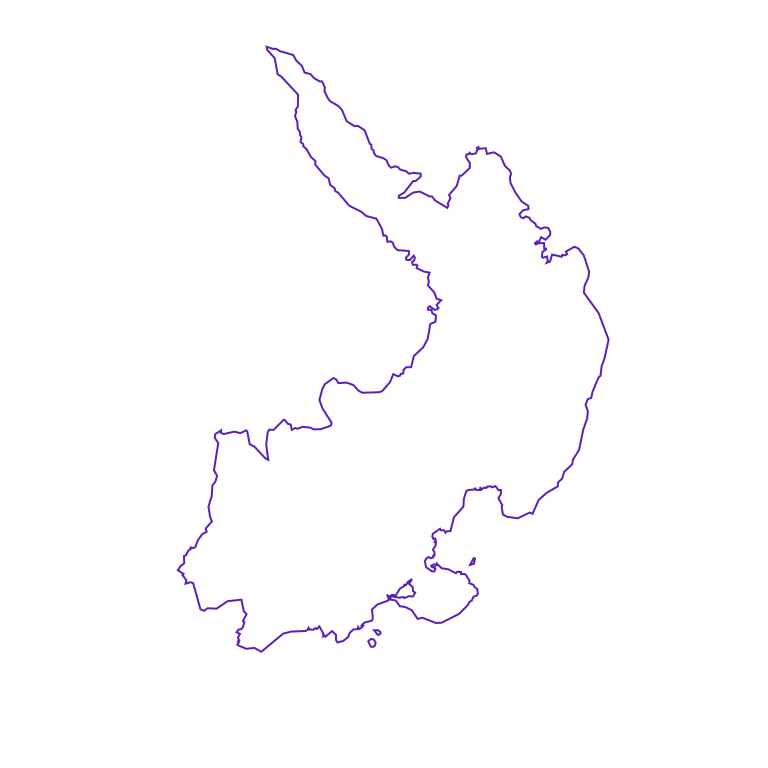 the district of Jeneponto, Sulawesi Selatan, Indonesia, rotated 286°
{"feature_id": "22746128B64050318598962", "entity_name": "Jeneponto", "entity_type": "district", "adm_level": 2, "iso_a3": "IDN", "parent_name": "Indonesia", "parent_adm1": "Sulawesi Selatan", "projection": "mercator", "projection_center": [119.72, -5.545], "detail": "fine", "context": "isolated", "style": "outline", "palette": "violet", "viewbox_px": 768, "rotation_deg": 286, "n_neighbors": 0, "source": "geoboundaries", "source_scale": "gbopen_adm2", "svg_char_len": 6160}
<svg xmlns="http://www.w3.org/2000/svg" viewBox="0 0 768 768"><g transform="rotate(286 384 384)"><path d="M675.8,178.2L673.0,179.6L667.1,189.1L652.4,196.4L651.4,200.2L638.4,221.7L627.0,224.7L622.9,223.4L621.3,224.8L616.9,224.6L612.4,228.3L605.4,230.8L603.2,233.7L600.6,234.4L598.3,236.7L593.8,237.0L592.3,240.3L590.2,241.0L588.5,244.7L582.0,251.3L579.4,256.6L575.9,257.5L567.9,269.5L566.5,274.0L560.6,277.4L558.6,282.4L555.9,284.2L555.3,287.2L545.8,301.4L543.2,315.2L540.6,320.5L540.8,331.2L532.4,339.4L526.4,342.5L527.3,344.6L526.1,346.2L521.7,348.0L522.9,351.0L522.3,353.4L518.6,356.1L516.4,360.0L518.7,371.2L515.5,372.4L511.3,370.2L509.5,371.4L510.3,374.7L515.6,377.2L513.9,378.9L511.2,378.9L508.9,377.4L506.5,378.9L507.6,382.2L506.8,383.6L504.4,383.4L503.1,391.2L503.6,397.1L498.4,396.9L494.6,399.0L490.9,399.0L485.8,407.2L480.4,411.2L480.3,415.9L474.5,412.7L472.0,415.5L470.6,414.6L469.2,412.2L471.4,406.5L469.9,405.4L467.6,405.7L468.3,409.1L465.4,410.9L464.2,415.1L458.0,416.3L454.4,411.9L439.7,413.6L430.2,411.6L419.0,405.0L407.6,405.4L406.2,400.6L402.8,398.9L399.5,399.6L398.2,397.2L396.5,397.2L395.2,395.3L396.0,390.2L387.6,389.3L376.8,384.3L374.7,381.5L369.6,365.6L370.6,361.2L374.6,354.9L375.0,347.6L372.3,339.9L375.2,336.8L375.8,333.7L367.5,327.2L362.3,326.1L350.8,326.3L343.7,331.5L332.1,344.5L329.1,344.2L323.0,335.4L321.0,328.9L321.8,325.0L320.3,317.3L317.2,313.4L317.2,310.7L314.5,308.0L319.3,305.5L319.2,302.5L322.1,298.4L321.8,297.3L309.5,290.6L308.5,286.3L305.6,285.5L293.2,287.5L279.2,293.6L279.9,290.3L288.1,276.7L289.1,271.5L300.7,265.6L301.5,264.3L297.2,259.5L296.9,253.2L291.7,243.7L292.1,240.6L294.6,240.2L289.5,235.7L285.7,236.1L281.4,241.0L254.3,244.3L249.6,248.9L243.7,248.8L239.1,247.0L228.6,249.3L217.6,249.1L208.2,253.5L204.5,256.5L195.9,252.4L193.1,254.3L189.7,250.7L182.4,248.1L175.3,247.6L173.6,245.7L173.6,243.1L171.8,243.6L170.4,242.0L164.6,240.7L163.6,239.1L156.6,241.4L153.4,238.9L148.2,237.1L146.2,243.7L144.8,243.0L140.8,248.2L137.4,248.3L140.1,252.6L139.9,255.5L116.8,269.7L116.4,273.6L119.8,276.2L121.9,285.0L132.1,293.5L137.4,306.4L127.0,311.8L124.9,315.3L117.2,313.8L116.5,315.4L111.3,315.4L109.0,314.4L107.8,311.8L104.7,310.7L104.1,314.4L99.9,313.5L97.3,315.7L96.5,314.6L95.3,315.7L94.8,315.0L92.7,315.1L91.5,324.6L94.6,332.2L92.8,339.9L116.3,355.9L120.4,363.0L125.0,376.7L126.6,378.4L128.8,378.6L127.5,380.2L128.4,384.0L130.4,385.2L130.0,387.1L133.2,388.6L127.7,394.2L124.7,395.2L125.9,395.9L125.0,397.4L132.2,402.2L129.6,407.0L124.8,408.4L122.7,410.5L125.9,415.8L131.2,419.4L135.3,419.6L139.6,422.2L141.3,426.5L143.1,426.2L141.7,427.9L144.4,430.1L145.3,429.1L146.2,430.6L146.9,429.5L149.3,431.0L153.2,437.6L155.5,437.9L164.0,434.6L170.1,438.3L176.9,447.6L179.3,447.6L182.4,444.8L180.9,447.4L183.6,449.9L184.1,453.6L191.6,455.7L195.3,459.0L196.7,458.9L196.6,460.5L200.5,461.6L204.2,464.7L198.8,463.2L196.8,467.5L192.9,469.0L192.0,471.5L187.7,470.4L187.0,466.7L183.8,462.5L184.6,461.1L182.8,457.9L181.9,449.3L178.5,449.2L179.1,455.0L174.8,460.4L175.5,466.0L174.2,473.0L167.5,481.1L169.9,485.4L168.6,499.9L170.5,505.3L183.7,519.5L194.3,525.4L198.1,526.2L199.9,528.0L204.3,528.7L206.0,531.3L208.1,532.1L212.8,530.1L213.8,526.9L215.6,525.3L216.0,520.9L218.6,520.3L222.9,515.5L223.6,513.9L222.6,510.2L224.5,509.9L223.5,505.9L221.9,505.3L223.6,496.9L222.8,490.3L225.8,484.4L224.5,484.8L224.5,481.8L222.1,479.5L221.2,480.6L222.2,483.2L221.0,482.9L220.6,484.3L217.7,484.0L217.1,481.9L219.5,474.9L225.0,472.1L228.1,472.8L230.0,474.8L229.5,477.0L230.8,479.1L232.6,478.6L233.2,479.9L236.6,478.6L238.0,476.7L243.4,478.1L246.4,477.5L246.0,476.3L248.7,476.7L249.6,475.5L248.6,474.4L250.4,472.6L253.5,472.2L260.3,477.8L259.1,479.0L260.0,482.1L258.0,484.1L259.7,485.0L261.0,488.5L275.1,487.9L287.9,494.1L295.9,492.4L303.9,492.7L305.1,493.8L307.8,500.6L309.3,499.8L307.7,501.8L308.3,504.7L308.9,505.6L311.7,505.0L309.0,506.4L311.9,508.7L312.3,511.1L313.7,511.3L315.1,514.8L314.4,516.4L316.6,519.3L313.5,523.3L314.4,525.5L310.6,526.7L305.9,525.4L300.0,531.2L298.8,530.8L291.4,534.2L290.3,539.1L291.8,549.6L300.5,559.4L300.2,562.6L315.1,564.6L324.2,570.3L333.4,579.2L337.3,578.4L342.1,581.3L349.1,581.4L358.7,587.0L363.5,586.5L374.4,589.7L394.9,588.1L407.0,588.8L414.2,587.4L419.5,583.5L425.4,584.0L427.8,587.0L434.0,586.6L449.4,588.4L451.7,589.8L461.0,588.3L469.3,588.9L488.5,587.7L511.4,570.7L526.8,551.0L533.8,549.7L542.7,551.1L548.5,550.2L562.7,540.6L567.8,533.6L568.4,529.2L561.5,522.4L559.3,524.2L557.6,522.6L557.1,519.6L555.3,519.7L554.7,509.9L547.5,509.9L545.3,507.0L547.7,507.5L551.5,505.5L549.2,502.1L549.8,500.7L554.6,499.9L558.0,502.7L558.8,502.5L558.2,500.7L563.5,499.0L562.0,493.6L560.0,491.6L560.8,490.3L563.1,491.5L563.7,493.9L568.5,494.6L567.2,499.4L573.0,502.7L576.0,501.9L579.3,498.9L578.8,495.2L576.4,492.1L577.8,486.7L579.7,485.4L582.2,479.3L583.8,478.1L584.2,474.0L581.8,472.3L582.1,469.4L584.6,467.4L589.4,469.9L592.0,474.7L594.9,473.7L597.3,466.1L604.3,457.5L612.0,450.3L617.3,448.0L620.9,448.3L623.7,446.3L627.1,440.0L634.9,433.6L637.0,425.9L633.6,419.6L638.7,416.8L636.2,410.4L637.8,409.5L636.5,408.2L635.1,409.2L630.9,408.7L629.0,404.6L630.0,402.5L628.2,402.1L627.5,400.1L625.0,400.1L619.9,405.7L615.3,406.9L605.8,401.3L605.1,399.4L594.3,399.3L583.7,394.4L581.1,396.7L574.8,395.5L573.7,396.7L570.8,396.3L574.4,382.8L577.5,378.4L576.9,375.9L578.9,365.4L576.2,359.5L568.8,353.1L567.0,346.9L569.1,346.3L573.6,350.7L587.2,356.1L587.8,358.5L593.4,362.1L596.3,361.3L595.1,354.1L593.0,350.0L594.6,346.9L594.6,340.2L596.3,337.8L596.3,334.8L593.9,331.2L595.7,328.0L599.7,324.9L600.9,321.1L601.0,313.5L603.5,310.4L605.7,309.6L606.7,307.1L610.5,305.9L611.0,304.1L622.6,295.4L624.9,287.8L623.7,284.4L626.4,275.6L635.7,268.2L638.6,263.6L641.0,254.2L643.3,251.2L649.1,246.0L652.6,245.5L657.8,241.0L657.1,238.9L658.7,232.5L661.7,227.8L661.4,221.9L667.3,217.2L670.6,210.7L675.2,206.1L675.3,191.9L676.5,187.7L675.5,184.9L675.8,178.2ZM132.3,439.8L128.0,443.6L128.1,445.8L129.9,447.4L133.0,447.3L135.4,444.8L135.5,441.8L132.3,439.8ZM144.4,449.2L145.7,446.2L144.5,442.4L141.0,447.5L142.7,449.3L144.4,449.2ZM241.3,518.2L233.8,516.6L236.0,520.0L241.3,519.6L241.3,518.2Z" fill="none" stroke="#5b21b6" stroke-width="2"/></g></svg>